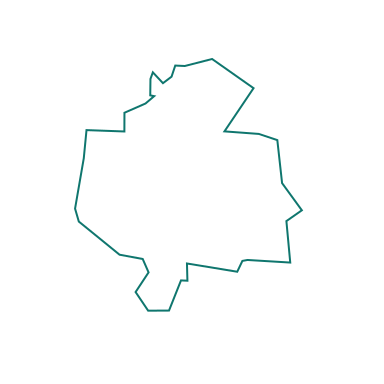 Roanoke, Virginia, United States of America, rotated 310°
{"feature_id": "52423323B30503653704079", "entity_name": "Roanoke", "entity_type": "district", "adm_level": 2, "iso_a3": "USA", "parent_name": "United States of America", "parent_adm1": "Virginia", "projection": "albers", "projection_center": [-79.961, 37.274], "detail": "fine", "context": "isolated", "style": "outline", "palette": "teal", "viewbox_px": 384, "rotation_deg": 310, "n_neighbors": 0, "source": "geoboundaries", "source_scale": "gbopen_adm2", "svg_char_len": 595}
<svg xmlns="http://www.w3.org/2000/svg" viewBox="0 0 384 384"><g transform="rotate(310 192 192)"><path d="M79.1,213.1L72.9,234.7L86.4,250.6L117.2,240.4L121.1,245.5L134.0,234.1L160.0,277.9L171.6,274.9L175.6,278.2L201.1,312.6L230.4,283.0L248.6,287.9L256.7,255.3L286.6,224.0L279.4,205.8L259.3,177.9L311.1,172.4L306.8,121.9L283.9,105.5L278.1,97.9L267.2,102.2L256.7,99.8L258.5,85.1L251.9,87.5L239.2,97.9L241.1,101.4L229.9,99.5L209.3,89.3L194.9,101.3L171.6,71.4L148.3,87.4L104.1,113.1L96.6,124.3L97.4,176.8L109.0,197.3L102.5,210.4L79.1,213.1Z" fill="none" stroke="#0f766e" stroke-width="2"/></g></svg>